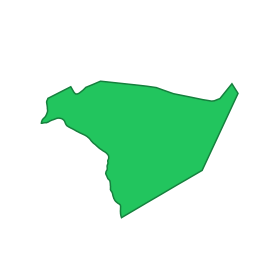 outline of Majzar, Ma'rib, Yemen, rotated 115°
{"feature_id": "15242507B39058401263822", "entity_name": "Majzar", "entity_type": "district", "adm_level": 2, "iso_a3": "YEM", "parent_name": "Yemen", "parent_adm1": "Ma'rib", "projection": "orthographic", "projection_center": [44.889, 15.793], "detail": "fine", "context": "isolated", "style": "filled", "palette": "green", "viewbox_px": 256, "rotation_deg": 115, "n_neighbors": 0, "source": "geoboundaries", "source_scale": "gbopen_adm2", "svg_char_len": 2995}
<svg xmlns="http://www.w3.org/2000/svg" viewBox="0 0 256 256"><g transform="rotate(115 128 128)"><path d="M138.1,45.0L135.1,42.9L94.9,42.9L93.5,42.9L92.7,42.9L91.4,42.9L91.0,42.9L55.0,42.9L52.3,42.9L50.2,42.9L49.7,43.6L48.6,45.3L48.3,45.8L44.0,52.5L49.6,53.9L62.5,57.1L63.7,58.3L66.9,61.3L68.3,63.6L69.4,67.6L70.6,71.8L73.1,82.3L73.2,82.8L77.7,101.3L78.8,112.5L79.4,119.4L82.2,128.7L84.4,135.3L86.3,140.9L97.2,172.7L103.7,178.5L109.0,183.4L112.6,184.7L117.0,186.9L118.5,188.2L119.0,189.2L119.3,189.9L118.6,191.9L114.8,197.3L135.0,213.1L135.9,213.0L136.9,213.0L137.8,213.0L138.7,212.8L139.5,212.4L140.3,211.8L141.1,211.3L141.8,210.8L142.6,210.3L143.4,209.8L144.1,209.5L144.9,209.0L145.7,208.5L146.7,208.0L147.7,207.8L148.7,207.7L149.8,207.6L150.6,207.6L151.7,207.6L152.6,207.7L153.5,208.0L154.3,208.3L155.1,208.6L156.0,208.9L157.1,209.1L158.3,209.0L159.1,208.9L160.1,208.6L160.3,208.5L160.0,207.9L159.5,207.2L158.9,206.5L158.5,205.8L158.0,204.8L157.6,204.0L156.9,203.4L156.3,202.8L155.7,202.4L154.9,201.9L154.3,201.4L153.6,200.8L153.0,200.3L152.4,199.6L151.8,199.0L151.1,198.3L150.5,197.7L149.5,196.8L148.8,195.9L148.2,194.8L147.9,193.7L147.6,192.4L147.6,191.2L147.9,189.9L148.2,189.0L148.9,188.1L149.5,187.4L149.9,187.0L150.5,186.4L151.0,185.7L151.5,184.9L151.8,184.3L151.8,183.8L152.0,182.8L152.1,181.8L152.1,181.0L152.2,180.1L152.2,179.1L152.2,178.0L152.3,177.1L152.3,176.0L152.4,175.2L152.5,174.2L152.6,173.2L152.6,172.3L152.6,171.2L152.7,170.3L152.7,169.5L152.7,168.5L152.7,167.6L152.7,166.8L152.7,165.8L152.7,164.8L152.7,163.9L152.8,163.0L152.9,162.2L153.0,161.3L153.3,160.5L153.5,159.5L153.8,158.7L154.1,157.9L154.5,157.1L154.9,156.4L155.3,155.7L155.6,154.8L156.0,154.0L156.1,153.6L156.3,153.1L156.5,152.3L156.7,151.3L156.9,150.4L157.2,149.6L157.5,148.7L157.7,147.9L158.0,147.0L158.3,146.0L158.5,145.1L158.7,144.2L158.8,143.3L159.0,142.3L159.2,141.3L159.3,140.3L159.4,139.4L159.5,138.5L159.7,137.5L160.0,136.6L160.3,135.9L160.7,135.0L161.2,134.2L161.8,133.6L162.6,133.2L163.3,132.8L164.2,132.6L165.0,132.6L165.9,132.6L166.7,132.3L167.4,131.8L168.3,131.3L169.1,131.1L170.0,131.1L170.9,131.0L171.7,130.7L172.5,130.2L173.3,129.8L174.1,129.4L175.1,129.3L175.9,129.4L176.9,129.4L177.8,129.2L178.6,129.0L179.3,128.4L179.9,127.7L180.4,127.0L181.1,126.3L181.8,125.5L182.4,124.8L182.8,123.9L183.0,123.1L183.4,122.3L184.0,121.8L184.8,121.2L185.6,120.7L186.3,120.3L187.1,119.9L187.8,119.5L188.6,119.0L189.4,118.7L190.2,118.3L191.1,118.0L191.8,117.3L192.3,116.5L192.7,115.8L193.2,115.1L193.9,114.4L194.7,113.8L195.5,113.2L196.3,112.5L197.0,111.8L197.7,111.2L198.2,110.5L198.8,109.8L199.3,109.0L199.7,108.2L200.0,107.2L200.3,106.1L200.5,105.1L200.6,104.1L200.7,103.2L201.1,102.4L201.7,101.9L202.5,101.4L203.3,101.1L204.2,100.7L205.1,100.3L205.9,100.0L206.8,99.6L207.7,99.1L208.5,98.7L209.3,98.2L210.0,97.7L210.3,97.5L210.7,97.2L210.9,97.0L212.0,96.0L191.3,81.8L188.5,79.9L173.2,69.3L158.2,59.0L150.1,53.3L145.0,49.8L141.0,47.0L138.1,45.0Z" fill="#22c55e" stroke="#15803d" stroke-width="1.5"/></g></svg>